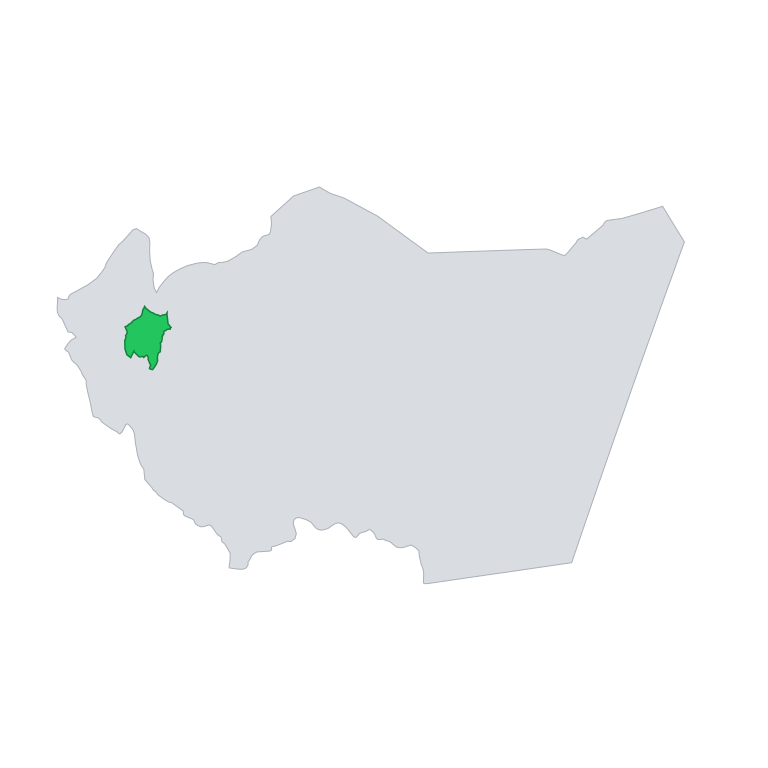 location of Tandjilé Est, Tandjilé, Chad, rotated 83°
{"feature_id": "50815135B89886025568853", "entity_name": "Tandjilé Est", "entity_type": "district", "adm_level": 2, "iso_a3": "TCD", "parent_name": "Chad", "parent_adm1": "Tandjilé", "projection": "albers", "projection_center": [16.729, 9.658], "detail": "fine", "context": "in_parent", "style": "filled", "palette": "green", "viewbox_px": 768, "rotation_deg": 83, "n_neighbors": 0, "source": "geoboundaries", "source_scale": "gbopen_adm2", "svg_char_len": 5385}
<svg xmlns="http://www.w3.org/2000/svg" viewBox="0 0 768 768"><g transform="rotate(83 384 384)"><path d="M584.2,219.5L584.6,237.0L585.0,254.5L585.4,272.1L585.8,289.7L586.1,307.3L586.5,324.9L586.9,342.6L587.3,360.2L587.4,366.1L587.0,368.4L586.8,368.7L586.1,369.1L576.9,367.7L572.8,367.7L567.2,369.1L559.0,369.9L553.6,369.8L550.0,372.9L547.1,376.7L548.7,385.4L548.4,388.3L547.4,391.4L544.9,394.0L542.4,396.1L540.9,398.0L539.1,402.0L537.8,403.9L538.0,406.4L537.6,409.0L536.1,410.4L532.2,411.5L529.8,412.7L527.8,414.6L526.5,416.0L527.2,417.8L528.2,420.3L528.8,424.2L529.3,426.5L531.2,428.4L532.4,429.7L532.8,431.3L531.7,432.7L527.1,435.7L525.2,436.7L523.0,438.2L522.2,438.8L518.8,441.6L517.1,444.0L516.3,446.0L516.4,448.8L518.2,452.9L520.2,456.3L521.0,459.0L521.4,461.9L521.3,464.6L520.4,467.0L518.7,469.2L512.2,473.4L509.1,477.9L506.6,483.3L506.0,486.3L506.7,488.3L508.1,489.9L510.1,490.7L512.9,490.9L517.6,489.9L521.9,489.3L526.6,491.2L529.1,495.7L528.2,499.0L530.0,505.0L531.7,512.2L531.7,514.7L532.3,515.6L535.3,516.0L535.9,517.7L535.2,530.5L536.6,534.0L538.6,536.5L540.8,537.8L543.1,539.5L544.2,540.7L546.8,540.9L549.7,543.1L550.6,546.2L550.4,549.2L548.9,555.7L547.6,560.1L545.9,559.9L542.5,558.8L538.3,558.0L533.2,557.3L528.4,559.2L523.2,561.6L521.6,563.3L520.1,564.3L517.8,564.2L515.7,564.5L514.6,566.2L512.7,568.0L505.2,571.9L503.6,573.2L502.6,574.6L502.7,576.1L503.5,579.1L503.5,582.9L501.9,586.0L499.9,588.1L497.7,588.9L495.9,589.3L494.7,590.6L490.8,597.6L489.1,598.9L485.6,598.8L475.8,609.3L474.8,612.4L471.2,616.8L466.6,621.7L462.5,624.1L462.2,625.0L461.1,625.9L458.6,627.0L449.8,633.0L439.2,632.8L434.5,635.2L430.0,636.3L423.3,637.4L421.3,637.4L412.8,637.9L402.8,637.8L398.9,638.7L395.3,640.9L392.7,642.9L392.3,643.6L392.7,644.4L392.6,645.0L399.6,649.8L401.4,652.2L399.7,654.5L398.8,654.8L398.7,654.9L397.6,656.8L393.5,662.2L387.3,668.7L384.1,670.5L382.8,671.7L381.2,676.0L380.1,676.6L375.8,677.2L367.2,677.7L355.5,679.1L348.4,679.6L344.0,679.2L337.8,682.2L335.6,682.9L334.2,683.2L328.1,686.1L323.0,690.5L321.2,691.3L314.0,693.2L311.2,696.3L309.8,696.5L305.2,692.5L302.1,688.8L300.6,685.2L300.4,684.0L299.5,684.2L297.0,685.8L294.8,687.7L293.8,691.2L286.4,693.6L280.0,695.6L277.1,698.2L272.7,699.5L267.0,698.9L262.6,697.9L258.3,697.5L260.3,694.3L261.2,691.9L261.4,689.0L261.1,687.0L258.5,686.0L256.8,684.4L253.2,675.2L249.4,665.7L244.1,656.3L238.3,650.3L234.1,646.6L232.7,646.1L230.5,645.0L229.0,643.9L221.3,637.5L213.4,630.3L211.3,627.1L207.3,622.2L202.9,617.2L200.6,614.9L199.5,610.8L202.7,607.1L206.0,602.5L210.1,599.4L215.3,599.2L224.0,600.5L233.3,601.0L242.6,600.1L245.0,599.5L247.4,599.5L252.3,600.6L261.0,600.4L265.5,598.5L260.7,595.3L255.5,590.2L250.7,584.6L247.8,579.5L245.1,572.9L242.6,564.9L241.2,554.4L241.4,548.5L242.2,544.2L244.9,537.4L243.2,533.3L243.6,530.1L243.3,525.2L242.5,522.8L239.2,514.8L238.5,513.9L235.6,508.3L234.3,499.1L231.0,492.9L225.7,489.9L222.6,486.3L221.6,480.0L219.5,478.3L211.0,476.0L204.0,475.9L198.9,468.7L192.5,459.5L186.4,450.9L182.7,433.8L180.6,424.0L183.1,421.0L188.2,414.1L194.7,400.8L209.2,380.4L216.6,369.9L231.3,354.3L249.3,335.1L259.4,324.3L261.1,304.6L262.9,283.7L264.3,267.9L265.9,249.3L267.3,233.7L268.3,222.4L269.8,206.4L271.0,203.3L278.0,190.8L278.5,189.1L277.2,187.0L267.3,176.3L264.2,173.9L262.5,168.4L265.0,165.3L253.2,147.4L250.3,145.2L249.0,143.0L248.8,139.8L248.7,127.5L245.6,108.2L241.6,85.8L255.5,79.5L266.1,74.7L279.6,68.5L292.0,74.9L310.1,84.0L328.2,93.2L346.3,102.3L364.5,111.4L382.6,120.5L400.8,129.6L419.0,138.7L437.3,147.7L455.6,156.8L473.9,165.8L492.2,174.8L510.6,183.8L528.9,192.7L547.3,201.7L565.8,210.6L584.2,219.5Z" fill="#d9dde1" stroke="#a8b0b8" stroke-width="1"/><path d="M286.7,590.6L286.8,590.7L287.0,590.8L287.3,591.0L288.4,591.7L288.5,593.6L288.5,594.7L288.6,595.5L289.4,597.7L288.7,598.7L288.0,599.6L287.6,601.0L286.9,602.5L286.3,603.5L285.5,604.3L285.3,604.8L285.0,605.3L284.4,606.5L283.2,607.8L282.8,608.3L282.7,608.4L281.7,609.2L280.3,610.8L278.9,611.5L278.3,611.9L277.8,612.2L279.3,612.9L280.6,614.1L281.8,614.6L283.0,615.0L284.5,615.4L285.7,616.0L286.9,617.0L287.8,618.1L288.3,619.7L288.9,621.2L289.7,622.6L290.0,624.1L290.5,624.8L290.7,625.2L290.9,625.5L291.1,625.8L291.5,626.3L292.0,626.9L292.5,627.3L293.3,629.0L293.9,630.4L295.1,631.6L295.2,632.8L295.8,634.1L297.3,633.5L300.3,632.7L301.4,632.7L302.4,632.8L303.5,633.8L303.9,634.1L304.7,634.6L305.9,634.3L307.0,634.8L309.3,636.0L312.6,636.3L317.8,636.8L318.7,636.6L318.8,636.6L319.5,636.4L323.6,635.7L324.0,635.3L325.3,633.9L327.0,632.2L321.2,628.4L321.3,628.4L326.2,624.6L327.3,623.5L327.3,622.0L327.3,620.0L328.4,619.2L327.5,618.1L326.8,617.0L326.5,615.8L328.1,615.0L329.6,614.8L330.7,615.1L332.3,614.7L334.7,614.1L335.0,614.1L335.9,613.6L337.3,613.2L338.2,614.2L340.1,614.9L340.5,614.4L340.9,613.9L341.5,611.9L340.0,610.5L338.7,609.3L337.5,608.3L336.4,607.5L336.3,607.4L333.2,605.8L330.9,605.8L328.3,605.3L326.8,604.6L325.7,604.1L324.7,602.1L322.1,601.7L319.8,601.1L317.2,601.0L316.0,601.1L315.5,600.1L314.9,599.7L314.2,599.3L313.8,599.2L312.4,598.8L310.8,598.4L309.5,598.5L309.4,598.4L309.2,597.7L308.7,597.6L308.3,597.6L308.0,596.8L307.0,596.3L306.4,596.3L306.2,596.3L305.9,596.2L305.5,596.2L305.0,596.1L304.4,595.1L304.5,594.3L304.1,593.6L303.6,593.1L303.3,592.1L303.3,591.7L303.2,591.2L303.4,590.4L303.5,589.6L302.7,589.5L302.0,588.4L298.0,591.0L288.1,590.9L286.7,590.6Z" fill="#22c55e" stroke="#15803d" stroke-width="1.5"/></g></svg>